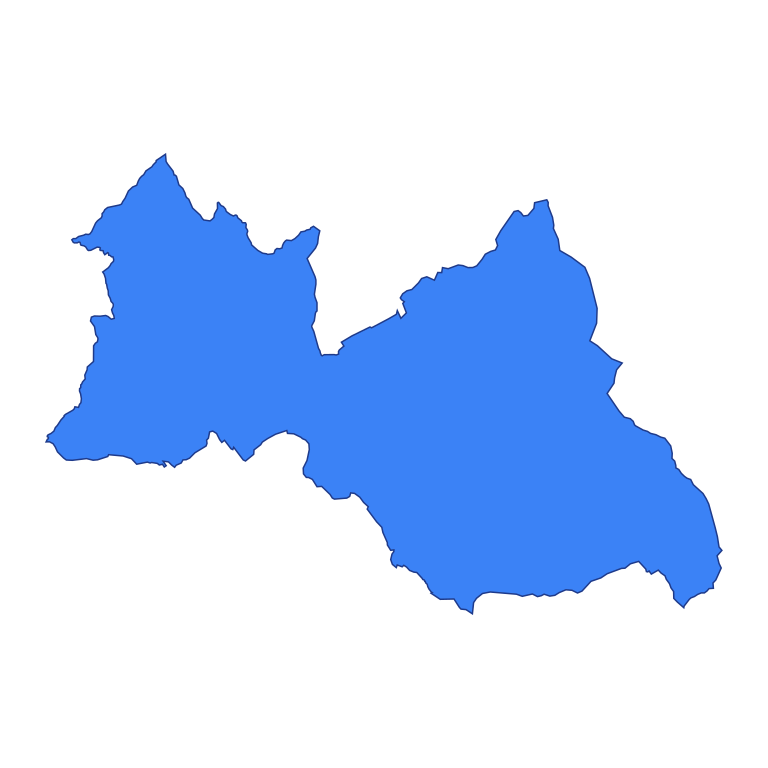 Suici, Arges, Romania
{"feature_id": "2599482B28587086561984", "entity_name": "Suici", "entity_type": "district", "adm_level": 2, "iso_a3": "ROU", "parent_name": "Romania", "parent_adm1": "Arges", "projection": "albers", "projection_center": [24.509, 45.248], "detail": "fine", "context": "isolated", "style": "filled", "palette": "blue", "viewbox_px": 768, "rotation_deg": 0, "n_neighbors": 0, "source": "geoboundaries", "source_scale": "gbopen_adm2", "svg_char_len": 6051}
<svg xmlns="http://www.w3.org/2000/svg" viewBox="0 0 768 768"><path d="M708.7,504.0L706.1,498.6L703.0,493.5L693.3,484.7L690.7,479.5L687.0,478.2L684.5,476.4L681.3,473.3L678.8,469.5L675.9,467.9L675.8,465.4L674.7,461.1L672.0,458.5L672.2,453.2L670.7,445.9L664.8,438.2L660.7,437.1L655.9,434.7L650.6,433.4L647.5,431.4L643.0,430.0L635.5,425.8L634.5,424.8L633.2,421.3L630.3,418.7L624.3,417.2L619.1,411.1L607.1,393.5L614.0,383.2L614.6,377.8L616.6,369.8L622.2,363.0L611.7,358.8L597.4,345.7L589.8,340.8L596.6,323.2L597.1,308.3L589.6,278.4L584.9,267.3L571.2,257.1L559.8,250.5L558.2,239.2L553.4,228.5L553.8,225.2L552.5,217.3L548.1,205.8L548.2,202.4L546.8,199.8L534.6,202.7L533.9,208.4L527.9,215.4L523.4,216.0L520.8,212.6L518.1,210.6L514.1,211.5L500.7,230.8L495.8,239.5L497.6,245.6L495.4,250.0L490.7,251.4L485.3,254.2L482.0,259.4L476.8,265.8L472.9,267.5L468.0,267.6L462.9,265.6L458.2,265.0L448.2,268.7L442.5,267.6L441.7,272.6L437.8,272.5L434.4,280.2L426.8,276.8L421.6,278.5L418.5,282.9L411.9,289.5L406.9,290.8L402.7,293.8L400.3,297.9L401.5,299.7L404.3,301.7L402.8,303.4L406.4,312.9L400.9,318.3L397.3,310.6L396.4,314.3L388.6,318.8L371.6,327.8L370.0,327.0L352.1,335.8L341.4,342.2L343.9,346.1L339.3,350.0L338.5,351.5L338.6,354.1L336.2,355.0L334.1,354.6L324.2,354.7L322.2,355.8L321.4,355.4L320.4,353.1L319.9,350.9L318.5,348.3L313.8,331.4L311.7,326.8L311.8,325.6L314.3,320.8L315.4,313.2L316.1,311.7L317.0,311.0L317.0,302.7L315.0,297.2L314.4,294.2L315.9,284.2L315.9,280.0L315.0,276.6L307.1,258.5L315.5,248.1L317.6,243.5L318.4,236.6L319.8,230.8L313.5,226.3L310.8,227.8L310.1,229.3L306.7,230.0L304.8,231.2L300.9,231.9L298.6,235.2L294.9,238.6L291.4,240.6L286.6,240.1L285.3,241.0L283.7,243.0L282.6,245.4L282.0,248.0L279.5,248.8L277.0,248.5L275.2,249.9L274.1,253.1L272.8,253.8L267.6,254.4L266.5,253.8L262.6,253.2L257.8,250.4L251.6,244.9L251.1,242.7L248.1,237.7L247.0,234.8L246.9,233.6L247.7,231.3L247.4,230.0L245.9,227.6L246.2,224.3L245.5,222.8L242.6,222.7L241.9,222.1L241.4,220.7L237.8,217.8L237.0,215.7L236.1,215.1L235.3,215.1L233.4,216.0L230.3,214.5L226.8,211.9L225.9,210.7L225.6,209.2L223.4,206.6L221.1,205.6L218.8,202.5L218.2,202.3L217.4,203.0L217.5,208.6L214.5,213.9L213.9,217.5L212.0,219.4L210.0,220.9L203.8,220.0L202.3,218.5L200.2,215.1L192.6,208.1L188.8,199.3L186.7,197.6L185.9,196.3L184.9,192.8L182.8,188.5L178.9,184.9L176.4,176.2L175.1,175.1L174.1,175.0L173.1,171.2L167.6,164.0L166.1,161.5L165.5,154.2L156.2,160.5L156.1,161.9L153.3,164.7L151.9,166.8L146.0,170.8L143.7,174.7L141.6,176.3L139.7,178.4L138.3,181.0L136.7,185.3L132.6,187.0L128.4,191.0L125.1,198.2L122.8,201.5L121.5,204.1L119.5,205.0L107.6,207.5L104.8,209.7L103.6,212.0L102.1,213.6L102.1,216.0L101.4,217.7L97.5,220.8L95.6,223.1L91.7,231.6L89.9,233.9L88.4,234.5L85.7,234.2L83.6,235.2L78.6,236.5L75.8,238.6L73.3,238.6L71.8,239.8L73.3,242.4L74.5,242.9L77.5,242.8L78.5,242.1L79.8,242.2L80.2,242.7L80.5,244.3L81.0,245.2L83.9,245.8L85.7,246.9L87.6,249.9L88.5,250.5L90.8,250.3L97.2,247.1L99.6,247.4L100.3,247.9L99.9,249.7L100.2,250.4L103.1,250.7L103.6,252.8L104.8,254.7L107.7,252.6L108.4,253.1L108.7,255.2L110.2,255.5L111.5,256.8L113.0,256.9L113.7,259.6L113.5,261.3L111.1,263.6L110.1,265.6L108.3,267.8L102.7,272.0L104.1,274.1L105.5,278.3L106.0,283.4L106.6,284.1L107.3,288.1L108.2,290.7L108.4,294.9L110.2,298.3L111.1,301.5L112.7,303.1L113.3,304.3L113.2,306.4L111.6,309.7L112.5,312.9L113.8,315.5L114.3,318.4L111.3,319.2L108.0,316.5L105.7,315.5L100.1,316.2L94.4,316.0L91.4,317.1L90.5,321.0L94.5,326.6L95.8,334.6L97.7,337.6L98.0,338.9L97.4,341.8L95.3,343.3L93.6,345.8L93.5,361.5L87.3,367.0L87.1,369.8L84.8,375.1L85.2,378.9L82.5,382.0L81.7,384.0L80.8,384.8L80.7,387.7L79.6,388.6L79.5,391.0L80.6,393.9L81.4,398.8L80.9,402.7L79.5,404.4L78.5,407.4L74.9,406.8L74.2,408.9L72.7,410.3L65.6,414.3L64.1,415.6L64.2,416.4L61.0,419.9L57.3,425.5L55.4,427.5L53.9,431.1L51.1,433.4L48.0,434.9L47.2,436.1L47.3,436.7L48.4,437.3L48.3,438.7L47.3,439.4L46.1,441.9L49.5,441.8L53.1,443.7L55.2,446.9L57.5,451.9L63.6,458.0L66.3,460.0L72.3,460.3L86.5,458.6L93.1,460.2L97.6,459.8L107.8,456.5L108.6,454.7L123.1,456.0L131.5,458.7L136.7,464.2L147.4,462.1L150.1,463.0L151.6,462.5L157.3,463.4L159.3,465.0L162.5,464.3L164.3,467.0L166.2,465.7L163.1,461.2L168.5,461.9L171.7,465.1L174.6,467.3L176.2,465.2L181.2,463.0L183.0,459.9L186.2,459.7L189.6,458.1L194.9,452.8L206.1,446.0L207.0,443.4L206.6,440.1L208.4,438.2L209.6,431.9L212.8,431.1L216.6,433.5L219.7,439.7L221.8,442.4L224.5,440.3L231.1,448.9L232.8,449.6L233.7,447.3L243.2,459.9L245.5,461.0L253.7,454.3L254.0,449.9L260.7,444.7L262.3,442.1L267.9,438.4L275.6,434.2L286.8,430.5L287.5,433.4L293.8,433.8L300.8,437.2L302.5,438.7L305.6,440.0L308.9,443.8L309.3,449.6L307.0,460.5L303.2,468.1L303.5,473.9L306.3,477.4L308.6,477.5L312.4,479.4L317.0,486.7L321.7,486.4L330.1,494.5L332.3,498.0L334.4,499.1L346.8,498.1L349.7,496.4L350.7,492.9L354.6,493.4L359.8,497.2L363.6,502.4L368.3,506.7L367.2,509.1L376.6,521.8L381.8,527.3L382.9,532.5L387.3,542.5L387.4,545.0L390.7,550.3L393.9,549.9L393.8,551.6L392.0,554.1L390.7,559.6L392.4,564.4L396.3,567.6L397.2,565.0L402.2,566.8L403.8,565.3L406.6,567.1L409.6,570.4L413.8,572.1L416.8,572.5L422.2,578.4L422.8,579.5L424.0,579.8L424.8,581.4L425.3,581.4L425.7,582.9L427.2,584.3L427.8,586.7L429.0,589.1L431.6,592.4L432.0,592.5L431.0,593.2L440.2,599.3L454.0,599.0L459.4,607.4L461.0,609.1L466.0,609.6L472.4,613.8L473.6,602.6L476.5,598.3L482.5,593.5L490.2,592.0L516.5,594.2L522.3,596.3L532.4,594.0L537.5,596.6L541.3,595.7L544.1,594.2L549.8,596.1L554.9,595.3L559.2,592.6L565.9,589.8L572.0,590.3L577.5,593.0L582.0,591.1L591.0,581.3L600.9,577.9L607.2,573.7L621.5,568.4L625.0,568.2L630.4,563.8L638.7,561.4L645.8,569.1L646.4,571.6L647.8,571.9L649.1,571.0L651.3,574.1L658.3,570.1L661.0,573.0L665.0,575.8L666.3,579.3L669.5,583.7L671.0,587.9L673.6,591.5L673.8,598.4L677.5,602.2L683.8,607.7L684.1,606.1L689.3,599.3L690.9,597.9L694.5,596.5L697.7,594.4L701.3,592.9L704.4,592.9L707.0,591.0L709.0,588.6L713.4,588.3L713.0,583.0L715.8,580.0L721.2,568.0L719.0,563.4L717.1,555.8L721.9,550.4L719.0,546.9L717.4,536.7L715.2,527.7L708.7,504.0Z" fill="#3b82f6" stroke="#1e3a8a" stroke-width="1.5"/></svg>